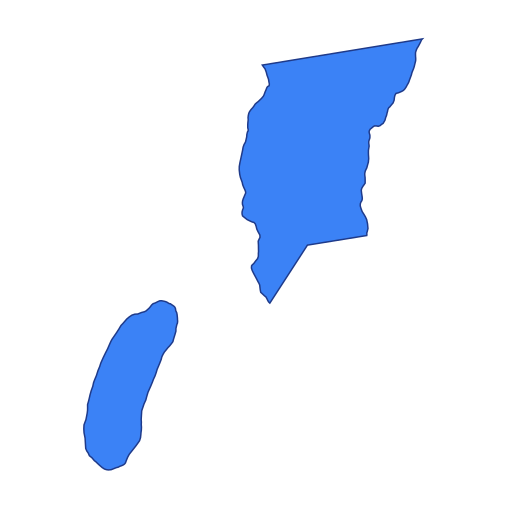 South Thiladhunmathe, Maldives, rotated 351°
{"feature_id": "70690204B40080676832228", "entity_name": "South Thiladhunmathe", "entity_type": "district", "adm_level": 2, "iso_a3": "MDV", "parent_name": "Maldives", "parent_adm1": "", "projection": "albers", "projection_center": [72.871, 6.495], "detail": "fine", "context": "isolated", "style": "filled", "palette": "blue", "viewbox_px": 512, "rotation_deg": 351, "n_neighbors": 0, "source": "geoboundaries", "source_scale": "gbopen_adm2", "svg_char_len": 4544}
<svg xmlns="http://www.w3.org/2000/svg" viewBox="0 0 512 512"><g transform="rotate(351 256 256)"><path d="M368.6,253.1L368.8,252.5L368.9,251.8L369.0,250.5L369.6,249.5L370.2,248.0L370.9,246.3L371.0,244.5L371.2,241.8L371.0,237.4L370.2,234.5L369.1,231.7L367.8,228.7L367.1,225.3L366.8,222.8L367.2,220.7L368.1,219.1L369.2,217.9L369.9,216.3L370.1,214.5L370.1,212.6L370.1,211.0L370.2,208.6L370.3,207.3L371.1,205.6L372.4,204.0L373.9,202.5L375.2,201.1L375.6,198.6L376.0,195.7L376.1,192.9L376.4,191.2L377.3,189.0L379.2,186.3L380.0,184.5L381.0,182.3L381.7,180.8L382.0,179.4L382.5,177.7L382.7,175.9L382.9,173.6L383.2,171.4L383.6,169.1L384.9,165.2L385.0,163.8L385.0,162.2L385.3,160.5L385.7,159.6L386.3,158.5L386.8,157.5L387.1,156.5L387.4,154.4L387.2,153.0L387.1,151.8L387.2,150.8L387.5,150.1L388.5,148.7L390.2,147.7L392.4,146.4L393.8,146.0L394.6,146.3L395.8,146.5L396.9,147.0L398.8,146.7L400.7,145.6L402.3,144.9L403.7,143.2L404.6,142.1L405.3,140.5L405.9,139.2L406.8,137.8L407.3,136.6L407.8,135.3L408.6,133.6L409.0,132.4L409.5,131.4L410.4,130.2L411.4,129.7L412.6,128.6L414.1,127.3L415.3,126.3L416.8,123.7L417.5,121.1L418.3,119.1L419.7,117.3L422.1,117.1L423.8,116.7L425.7,116.2L427.5,115.5L429.0,114.4L430.7,112.6L432.1,110.7L433.2,109.4L434.3,107.8L435.1,106.2L436.4,103.9L437.8,101.4L438.7,99.3L439.7,97.6L440.8,95.8L441.9,93.7L442.7,91.7L443.6,89.6L444.2,88.2L444.5,86.8L444.7,85.4L444.8,83.9L445.0,82.4L445.1,81.6L445.4,80.0L445.7,79.3L446.6,77.6L447.0,76.9L447.9,75.6L448.7,74.8L449.7,73.5L450.6,72.3L451.6,71.0L453.3,68.4L454.3,67.6L292.1,68.4L293.2,70.7L294.2,72.5L294.9,76.0L295.2,79.3L295.7,81.7L296.0,83.5L296.0,86.0L296.1,88.0L295.8,89.4L295.4,90.0L293.9,90.5L293.0,91.5L291.9,93.4L290.7,95.3L289.2,98.0L288.3,99.3L286.1,101.2L284.5,102.3L282.4,103.8L280.9,104.6L279.0,105.8L277.5,107.5L276.0,109.0L274.1,110.5L272.3,112.3L271.2,113.9L270.4,115.9L269.8,118.0L269.6,120.3L269.0,122.4L268.7,123.7L268.4,124.9L267.9,128.2L268.1,129.6L267.8,131.2L267.0,132.1L266.0,134.5L265.4,137.0L264.5,139.2L263.5,141.7L261.6,144.1L260.3,146.5L259.1,150.0L257.6,153.9L256.1,157.8L254.8,161.1L253.5,164.9L252.9,168.3L252.7,172.8L252.9,176.0L253.9,181.1L254.0,183.5L254.6,186.2L255.4,189.0L255.8,191.1L255.6,192.3L254.3,194.3L253.6,195.5L252.4,197.4L251.4,199.4L250.9,201.1L250.7,202.8L251.1,205.1L251.1,206.5L250.0,208.3L249.1,210.4L248.8,212.4L249.0,214.3L250.5,216.0L253.0,218.7L255.7,220.6L257.7,221.9L259.2,222.5L260.3,224.1L260.8,226.8L261.0,229.5L261.8,232.3L262.5,234.2L263.1,235.9L262.9,238.2L261.6,240.0L260.5,241.7L260.3,243.6L260.1,245.7L259.6,249.0L259.2,252.0L258.7,253.9L258.5,255.4L258.2,256.9L257.0,259.0L254.8,260.9L252.5,263.2L251.1,264.0L250.1,265.0L249.6,267.1L250.0,269.8L251.0,273.0L251.7,275.0L253.0,278.7L253.9,281.5L254.7,283.6L255.1,285.3L255.0,287.7L254.9,290.2L255.0,292.6L255.8,293.6L256.9,295.0L258.2,296.7L259.4,298.0L260.1,299.9L260.6,301.6L261.1,303.0L261.6,303.8L262.3,304.7L308.5,253.3L368.6,253.1ZM168.7,305.0L168.9,301.4L168.8,299.5L168.2,297.6L168.2,295.1L167.8,293.8L167.1,292.8L166.0,291.7L165.0,290.8L164.0,289.8L162.8,289.4L160.6,287.5L158.9,286.6L156.8,285.8L155.6,285.4L153.9,285.2L151.6,285.8L149.2,286.6L146.9,287.0L145.2,288.1L143.8,289.5L142.3,290.8L140.3,292.1L138.7,293.1L137.1,293.6L134.0,293.9L130.2,294.8L127.2,294.5L124.2,295.0L121.2,296.4L118.4,298.1L113.8,302.0L111.9,303.4L110.3,305.3L109.0,306.9L107.8,308.2L106.4,309.8L100.8,315.7L99.4,317.5L97.5,320.4L94.9,324.5L92.2,328.2L89.2,332.5L86.0,337.4L84.3,340.8L82.0,344.5L79.7,349.1L77.4,352.8L75.8,355.6L74.4,359.2L72.1,363.4L70.4,367.1L69.0,370.6L67.9,373.2L66.4,376.4L65.9,379.7L65.5,382.0L64.7,384.8L62.5,390.9L61.1,393.4L59.7,395.9L58.9,399.8L58.5,403.8L58.7,409.1L58.1,415.2L57.7,419.5L58.4,422.2L59.4,424.2L60.2,427.2L62.4,429.6L64.3,432.8L65.9,434.5L66.9,435.9L68.4,437.8L71.0,440.9L73.0,442.7L74.8,443.6L76.7,444.2L79.5,444.4L82.2,443.8L84.8,443.2L87.0,443.0L88.6,442.4L90.4,442.1L92.2,441.6L93.6,440.9L94.7,439.9L95.9,437.7L97.8,434.6L99.8,432.0L104.9,427.3L107.4,425.0L109.9,422.5L112.1,420.2L113.5,417.4L114.3,414.5L114.8,412.4L115.5,410.1L116.1,407.1L116.3,404.6L116.8,402.1L117.0,399.6L117.7,396.4L118.9,391.0L122.3,384.5L124.7,380.9L125.9,378.1L128.0,373.7L130.0,370.6L131.7,368.0L133.8,364.6L135.5,361.6L137.4,358.8L139.3,355.3L140.6,352.5L142.3,349.8L144.2,346.7L146.2,343.3L147.2,340.9L148.7,338.7L150.5,336.5L153.0,334.3L154.6,332.8L156.6,331.3L158.8,329.3L160.5,327.6L161.6,325.1L163.7,320.8L165.1,317.8L165.6,315.0L167.1,311.3L167.9,310.0L168.4,308.1L168.5,306.5L168.7,305.0Z" fill="#3b82f6" stroke="#1e3a8a" stroke-width="1.5"/></g></svg>